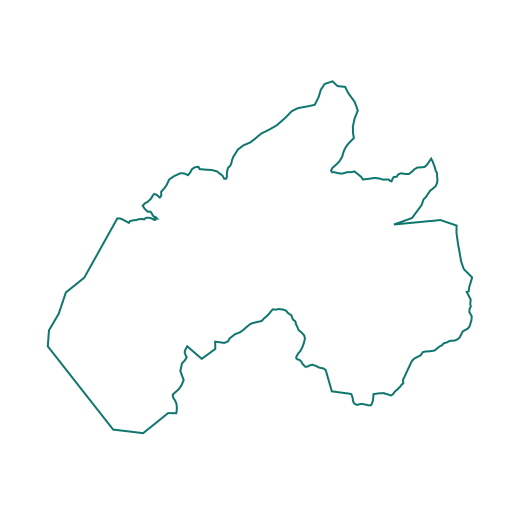 outline of San Martín Itunyoso, Oaxaca, Mexico, rotated 356°
{"feature_id": "50627088B87808414718325", "entity_name": "San Martín Itunyoso", "entity_type": "district", "adm_level": 2, "iso_a3": "MEX", "parent_name": "Mexico", "parent_adm1": "Oaxaca", "projection": "orthographic", "projection_center": [-97.847, 17.222], "detail": "fine", "context": "isolated", "style": "outline", "palette": "teal", "viewbox_px": 512, "rotation_deg": 356, "n_neighbors": 0, "source": "geoboundaries", "source_scale": "gbopen_adm2", "svg_char_len": 4702}
<svg xmlns="http://www.w3.org/2000/svg" viewBox="0 0 512 512"><g transform="rotate(356 256 256)"><path d="M414.3,229.0L424.8,216.7L425.8,214.2L427.2,211.1L429.6,209.1L431.7,206.2L434.7,202.6L436.4,201.7L440.1,198.8L441.8,195.7L442.3,192.6L442.2,189.3L442.4,186.1L441.3,183.8L441.0,182.1L440.3,178.9L438.7,173.8L437.5,171.1L436.0,173.1L432.7,177.2L430.2,179.0L426.5,179.1L423.3,179.0L419.9,180.6L418.0,182.4L414.2,184.9L410.1,184.5L406.4,183.6L403.8,184.4L401.8,186.8L399.0,186.8L397.9,188.0L396.4,191.0L394.9,190.3L393.9,189.1L391.9,188.8L388.0,188.7L385.7,187.7L383.2,187.0L379.6,186.4L373.8,186.9L367.9,187.1L366.5,184.5L362.9,181.0L360.0,178.5L356.8,179.0L353.1,178.7L347.3,179.9L342.8,178.8L339.5,177.8L337.7,177.8L336.8,176.0L338.5,173.3L342.0,170.7L345.5,167.8L348.9,163.0L350.5,158.5L351.7,156.0L353.8,152.8L357.0,149.4L358.8,147.8L361.8,145.3L361.6,142.3L361.4,141.3L361.6,133.9L363.9,125.9L367.7,118.0L365.3,109.4L359.4,99.9L356.7,93.5L349.2,92.2L344.5,87.1L336.4,89.2L334.2,92.2L332.2,94.8L329.6,101.8L325.1,109.3L317.3,110.4L308.2,111.4L301.8,114.0L295.2,119.9L288.3,125.2L285.8,127.1L282.7,128.6L280.6,129.6L278.3,130.7L274.3,132.4L270.0,134.1L266.7,136.4L263.1,139.1L258.2,142.3L251.3,144.7L245.2,148.6L244.3,150.1L242.1,153.0L240.2,155.6L238.8,158.7L237.7,162.2L236.3,164.5L234.4,165.9L233.6,167.8L232.7,171.3L232.5,174.9L231.7,176.8L229.7,176.7L229.0,175.2L228.0,173.2L225.6,171.3L223.1,168.9L217.8,167.1L212.8,166.5L205.8,165.4L204.8,163.0L202.8,163.1L200.6,163.4L197.9,165.2L196.5,167.7L193.9,170.6L190.2,168.7L186.6,168.1L179.9,170.6L174.8,173.6L173.3,176.2L171.6,179.3L169.5,181.8L165.9,185.3L165.7,189.2L164.1,191.0L162.9,189.8L161.4,188.1L158.8,187.0L157.3,188.4L155.4,191.3L151.8,194.4L148.8,195.7L146.5,197.9L147.1,199.1L148.1,200.9L149.8,202.9L151.3,204.3L152.6,204.4L153.6,204.3L154.7,205.7L156.0,208.5L156.7,209.5L157.9,210.1L158.5,210.3L158.9,210.5L159.2,210.8L159.4,211.0L159.8,211.6L159.1,211.4L158.2,211.2L157.7,211.3L157.3,211.7L157.4,212.0L157.6,212.4L158.0,212.9L157.7,213.0L157.3,212.9L156.9,212.8L156.5,212.5L156.0,212.2L155.5,212.0L154.6,211.3L153.9,211.0L153.3,210.7L152.7,210.6L152.3,210.5L151.9,210.4L151.1,210.3L150.3,210.3L149.6,210.2L148.9,210.3L148.3,210.6L146.9,211.7L145.9,211.3L145.3,211.3L144.7,211.2L141.4,211.1L139.2,211.8L136.6,211.8L132.6,212.4L131.5,214.1L128.5,212.2L125.4,210.2L123.0,209.1L122.9,209.1L120.3,208.8L83.2,265.6L63.8,279.1L55.2,299.8L44.3,315.7L42.0,331.6L101.4,419.2L126.6,424.0L131.0,424.9L146.6,414.1L149.6,412.0L157.3,406.6L157.6,406.6L165.4,407.3L165.8,406.2L166.2,404.2L166.5,401.4L166.3,397.8L165.3,394.7L163.8,392.1L163.2,390.2L163.4,388.3L167.2,385.4L170.1,383.1L172.7,379.6L175.2,374.8L172.5,365.3L174.7,357.9L177.7,355.2L179.8,352.1L178.8,349.8L178.1,346.8L179.0,344.5L181.1,341.3L194.7,354.8L208.9,345.9L209.3,338.6L218.4,340.5L222.1,339.2L223.8,336.6L225.0,335.6L226.7,334.5L229.7,332.5L234.7,331.0L238.0,329.0L241.9,326.0L245.2,323.7L247.9,322.7L257.3,321.2L258.9,319.4L262.0,317.1L265.3,314.3L267.4,311.9L269.0,310.4L272.1,310.9L275.0,310.5L279.6,311.4L282.2,312.7L283.3,314.2L284.0,315.2L287.1,317.6L288.4,321.9L290.6,323.9L291.4,327.5L292.6,330.6L293.3,332.8L296.4,335.8L298.5,338.5L299.1,341.7L297.7,346.1L296.1,349.8L293.6,353.9L291.6,355.8L290.3,357.7L289.3,359.0L289.0,360.8L290.0,362.0L292.1,362.6L293.8,364.6L295.0,367.1L296.5,368.8L297.6,370.0L299.8,369.9L302.3,368.7L304.8,368.4L308.6,370.1L310.4,371.4L313.7,372.4L315.7,373.0L317.6,374.7L322.2,396.3L341.1,400.2L341.9,401.7L342.6,405.1L342.6,407.0L343.3,409.3L344.6,410.8L346.9,411.6L348.8,411.1L351.4,410.9L354.1,411.7L358.0,412.8L360.0,413.0L361.3,411.5L362.5,408.4L363.3,404.5L363.5,402.0L368.6,401.6L374.2,401.7L374.9,402.2L376.0,402.7L377.1,402.9L378.1,403.3L379.4,404.0L380.7,404.5L381.6,404.3L382.5,403.7L384.0,402.3L385.0,401.0L386.3,400.0L388.3,398.6L389.7,397.2L390.8,396.3L392.6,394.2L394.0,393.4L394.0,389.9L402.9,373.8L404.6,371.1L407.1,369.2L410.1,367.9L413.3,366.6L415.8,363.5L418.3,363.1L421.5,363.2L424.2,363.0L427.3,362.8L430.4,360.8L432.9,359.0L435.4,358.0L437.3,356.1L440.2,355.6L443.3,354.2L446.4,354.2L448.9,354.1L451.9,352.8L453.4,351.5L457.1,345.6L459.6,344.4L462.2,343.2L464.1,341.2L465.2,338.3L466.5,334.7L467.0,331.2L464.9,326.8L465.4,323.6L466.7,321.6L466.4,318.8L466.8,316.1L467.1,314.3L463.7,306.6L465.7,306.1L466.5,302.0L467.9,298.4L469.8,293.4L470.0,292.3L468.6,290.7L463.4,284.8L462.2,283.1L460.2,275.4L459.4,267.3L458.4,258.5L457.6,246.9L457.9,243.4L458.2,239.6L456.7,239.0L454.4,238.0L451.2,236.7L449.2,235.8L447.6,235.2L445.6,234.3L442.5,233.0L438.7,233.1L437.3,233.2L433.9,233.3L432.4,233.3L430.0,233.3L426.6,233.4L425.3,233.5L423.3,233.5L395.8,234.2L414.3,229.0Z" fill="none" stroke="#0f766e" stroke-width="2"/></g></svg>